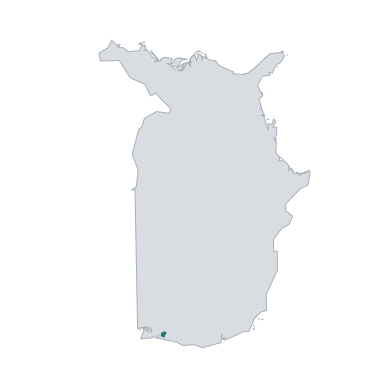 Washington, Oregon, United States of America shown in context, rotated 279°
{"feature_id": "52423323B3923941194406", "entity_name": "Washington", "entity_type": "district", "adm_level": 2, "iso_a3": "USA", "parent_name": "United States of America", "parent_adm1": "Oregon", "projection": "albers", "projection_center": [-123.085, 45.549], "detail": "fine", "context": "in_parent", "style": "filled", "palette": "teal", "viewbox_px": 384, "rotation_deg": 279, "n_neighbors": 0, "source": "geoboundaries", "source_scale": "gbopen_adm2", "svg_char_len": 4400}
<svg xmlns="http://www.w3.org/2000/svg" viewBox="0 0 384 384"><g transform="rotate(279 192 192)"><path d="M294.9,113.4L310.6,99.5L307.0,80.9L314.7,78.4L321.3,86.4L329.2,88.9L324.6,95.9L325.4,97.7L322.9,96.6L323.9,101.1L320.7,107.2L323.5,118.1L328.9,119.4L330.6,117.5L328.9,116.4L330.0,116.6L331.5,118.2L326.8,123.7L324.4,122.6L325.7,125.6L319.5,131.0L316.9,137.9L316.1,135.6L314.8,134.7L316.5,140.2L318.5,140.0L320.7,144.2L320.6,151.6L314.9,151.0L315.0,146.4L313.9,150.3L317.2,153.1L320.1,154.0L321.9,156.1L322.7,167.2L320.7,161.2L314.1,158.7L313.0,152.0L310.6,155.9L316.7,162.7L311.8,162.6L310.8,163.6L310.4,160.5L309.9,159.8L309.9,162.4L310.8,164.1L317.9,163.6L317.6,165.8L313.6,164.6L312.4,164.7L317.4,166.0L319.1,165.8L319.5,168.2L317.0,167.8L321.4,169.1L321.0,169.9L318.8,169.2L315.2,170.6L320.9,170.7L323.4,169.0L330.5,174.3L324.8,170.4L327.7,173.4L322.4,175.8L328.1,177.0L329.2,174.9L329.0,179.5L323.7,181.4L327.6,181.2L326.1,184.4L329.8,183.6L325.0,187.7L325.4,194.6L321.2,199.1L317.0,214.3L315.1,214.0L316.2,224.8L317.1,227.1L322.4,232.7L340.9,247.6L344.1,259.2L340.5,262.1L333.6,258.9L330.3,254.8L321.9,252.6L322.5,249.2L319.8,250.8L317.3,243.4L307.2,240.0L298.2,246.8L294.4,243.7L284.4,248.1L284.9,246.0L283.9,248.4L279.8,251.2L278.3,248.1L278.5,250.7L265.1,257.4L271.7,256.5L270.9,260.3L276.7,261.1L275.0,263.6L268.4,262.0L269.3,265.1L261.9,266.8L256.5,264.6L255.0,267.5L243.7,268.6L239.3,274.9L240.4,273.2L236.8,273.3L237.0,279.1L231.9,284.7L233.0,283.2L228.7,284.1L230.7,285.3L226.6,289.2L226.6,295.6L224.1,295.4L226.5,296.3L228.6,301.5L231.7,304.0L230.5,305.6L217.2,305.4L212.1,298.4L195.0,286.4L188.3,287.3L183.8,295.1L175.1,292.8L169.9,286.3L157.9,279.8L146.3,282.1L146.9,285.4L128.1,288.6L102.4,281.3L86.7,284.1L84.0,278.5L76.9,273.5L62.9,269.9L62.7,265.8L50.8,247.6L51.2,245.6L53.5,248.0L52.0,244.0L56.8,243.6L47.8,244.2L39.9,226.8L41.5,217.6L39.0,207.1L41.3,200.4L42.4,181.0L46.5,181.5L42.0,180.5L43.3,175.2L41.7,175.3L38.9,164.3L48.8,166.2L47.0,172.0L50.1,167.9L49.9,172.7L47.5,173.9L49.2,174.1L51.1,172.1L51.6,167.2L48.7,159.6L185.7,135.3L184.8,132.6L188.9,136.2L205.6,135.3L219.7,127.1L245.4,129.5L247.9,132.1L257.3,133.5L265.9,144.3L266.2,156.7L270.3,158.6L284.0,140.6L280.6,136.7L281.7,135.0L291.1,128.6L294.9,113.4ZM322.8,131.4L325.4,128.8L317.2,138.7L323.2,129.6L322.8,131.4ZM49.6,164.3L50.9,167.4L50.9,167.9L49.0,165.5L49.6,164.3ZM231.1,303.1L228.0,299.0L227.3,296.4L228.4,299.1L231.1,303.1ZM325.5,95.7L326.4,97.0L325.8,97.1L325.5,95.7ZM257.2,265.9L257.9,266.9L256.4,266.5L257.2,265.9ZM68.5,274.3L70.0,273.6L70.2,273.8L68.5,274.3ZM66.8,273.9L66.2,274.8L65.6,274.1L66.8,273.9ZM329.5,121.9L329.3,123.3L329.0,123.3L329.5,121.9ZM227.4,293.6L227.2,296.0L228.0,291.2L227.4,293.6ZM335.1,242.6L338.6,245.6L334.6,242.4L335.1,242.6ZM76.9,277.6L77.6,278.8L76.8,277.7L76.9,277.6ZM345.1,259.4L344.5,261.3L345.1,257.7L345.1,259.4ZM332.4,176.4L332.2,178.6L330.8,174.5L332.4,176.4ZM48.2,161.8L48.2,162.7L47.7,162.3L48.2,161.8ZM231.1,286.2L229.1,287.9L231.0,285.8L231.1,286.2ZM332.4,120.3L333.0,121.2L332.0,121.6L332.4,120.3ZM77.0,281.0L77.7,282.4L76.8,281.2L77.0,281.0ZM228.8,288.9L228.1,289.7L228.6,288.6L228.8,288.9ZM322.4,158.0L322.5,160.8L322.1,157.1L322.4,158.0ZM239.0,276.1L237.8,277.5L239.4,275.3L239.0,276.1ZM317.0,225.7L317.7,227.4L316.9,226.4L317.0,225.7ZM330.4,183.6L330.1,184.2L330.6,182.2L330.4,183.6ZM301.6,244.7L300.3,246.3L299.6,246.5L301.6,244.7ZM279.0,251.2L278.8,251.7L277.8,252.1L279.0,251.2ZM328.5,256.0L329.4,257.0L328.1,255.9L328.5,256.0ZM275.7,255.6L275.9,256.8L275.0,254.9L275.7,255.6ZM342.7,264.3L341.9,264.9L343.0,263.9L342.7,264.3ZM320.9,145.1L321.0,146.5L320.7,144.6L320.9,145.1ZM331.4,179.5L331.2,180.2L331.0,180.3L331.4,179.5Z" fill="#d9dde1" stroke="#a8b0b8" stroke-width="1"/><path d="M48.4,187.9L48.5,187.9L48.5,187.7L48.8,187.7L48.8,187.8L49.1,187.8L49.1,187.7L49.1,187.3L49.1,187.1L49.1,186.8L49.1,186.6L49.1,186.4L48.9,186.1L48.7,186.0L48.5,185.9L48.4,185.8L48.4,185.7L48.2,185.6L48.1,185.4L48.1,184.8L48.1,184.7L47.8,184.7L47.5,184.6L47.5,184.4L45.9,184.4L45.8,184.9L45.1,184.9L45.1,185.1L45.3,185.2L45.3,185.4L45.4,185.5L45.7,185.5L45.9,185.6L46.1,185.7L46.1,185.8L45.8,185.9L45.8,186.1L45.5,186.1L45.4,186.2L45.4,186.3L45.3,186.6L45.2,186.6L45.2,186.9L45.1,187.0L46.9,187.0L47.0,187.1L47.1,187.3L47.4,187.2L47.5,187.2L47.5,187.4L47.6,187.5L47.9,187.7L48.1,187.7L48.2,187.9L48.4,187.9Z" fill="#14b8a6" stroke="#0f766e" stroke-width="1.5"/></g></svg>